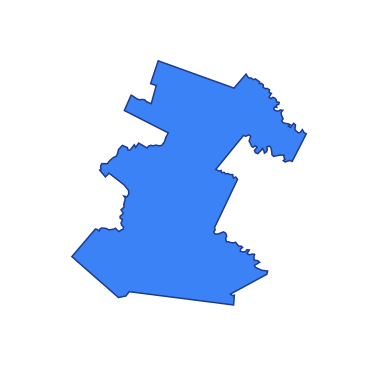 Cainguás, Misiones, Argentina, rotated 310°
{"feature_id": "61730980B26117971223788", "entity_name": "Cainguás", "entity_type": "district", "adm_level": 2, "iso_a3": "ARG", "parent_name": "Argentina", "parent_adm1": "Misiones", "projection": "robinson", "projection_center": [-54.723, -27.156], "detail": "fine", "context": "isolated", "style": "filled", "palette": "blue", "viewbox_px": 384, "rotation_deg": 310, "n_neighbors": 0, "source": "geoboundaries", "source_scale": "gbopen_adm2", "svg_char_len": 4153}
<svg xmlns="http://www.w3.org/2000/svg" viewBox="0 0 384 384"><g transform="rotate(310 192 192)"><path d="M248.4,90.6L249.8,94.2L250.6,96.1L248.1,97.3L233.4,104.0L232.6,101.5L232.0,99.0L232.2,96.4L230.9,94.3L229.0,92.6L228.0,90.3L227.7,87.7L227.5,85.1L227.0,83.1L210.9,87.8L211.6,90.7L222.0,135.7L220.7,136.1L219.6,136.4L217.1,136.8L214.8,137.8L212.5,138.7L208.1,138.8L206.3,137.1L204.5,133.9L202.4,132.6L201.3,130.4L199.3,129.2L197.9,129.3L196.9,129.3L195.6,122.0L195.2,119.7L190.0,120.2L191.1,117.4L184.3,117.6L184.2,117.5L183.0,116.2L184.5,114.0L184.0,112.3L183.0,108.7L177.3,108.4L175.1,109.5L172.8,110.5L170.3,110.9L168.1,109.7L165.7,109.2L163.2,108.8L160.7,108.9L159.9,108.9L159.1,108.8L157.2,106.4L155.8,104.7L153.3,105.2L151.8,106.5L150.9,107.8L149.4,107.2L147.9,116.0L150.4,116.2L151.1,116.2L153.0,116.3L153.1,117.7L153.2,118.3L153.2,119.1L153.8,135.3L152.4,142.4L149.7,144.9L146.8,145.2L146.4,145.2L145.1,142.5L144.5,144.8L142.3,146.1L138.9,147.5L136.7,149.7L132.8,149.0L131.7,152.8L129.6,153.0L127.2,152.5L125.7,153.9L126.2,156.5L124.8,156.9L124.5,157.0L122.5,157.6L121.4,159.4L121.1,162.0L119.1,163.2L117.2,162.0L116.4,161.9L114.9,161.7L114.7,159.1L114.8,158.4L115.0,157.4L115.1,156.7L113.3,155.8L112.8,155.6L111.1,154.0L109.4,152.6L109.3,151.6L109.1,150.0L107.7,147.8L106.2,145.8L104.6,145.3L102.6,146.0L102.4,143.5L101.5,141.8L65.3,141.5L65.1,147.7L64.5,174.7L64.5,174.8L63.9,203.6L64.3,203.8L69.8,208.2L75.3,208.0L92.6,234.9L116.5,272.1L132.2,296.5L138.2,292.2L139.7,291.1L140.2,290.8L138.6,289.5L138.4,287.0L177.1,302.2L179.8,300.9L180.1,300.7L178.7,298.5L178.6,298.3L177.2,296.4L176.0,292.7L175.1,288.9L175.9,287.0L179.3,288.2L181.2,288.8L181.6,289.0L181.7,286.4L181.5,286.2L179.8,283.6L181.4,281.8L182.3,280.9L184.2,280.2L184.5,280.1L184.5,279.8L183.3,278.2L180.7,276.2L180.3,273.7L184.4,273.2L183.2,271.2L182.7,271.2L180.8,271.4L179.2,269.9L179.0,269.7L177.6,267.1L179.5,265.9L180.1,266.0L182.0,266.4L182.1,264.5L182.0,264.4L180.5,262.5L180.8,261.1L181.0,260.1L181.6,257.7L179.6,256.4L178.2,254.2L177.7,253.1L177.3,252.0L176.1,250.3L178.1,247.6L180.4,247.0L181.0,246.1L182.1,244.3L181.7,241.8L178.6,240.1L177.4,239.3L175.9,238.5L174.6,236.2L175.3,234.3L177.9,234.1L179.3,232.1L196.4,227.7L230.0,219.0L231.0,218.8L231.3,217.4L231.6,215.9L230.9,215.5L229.4,214.7L229.7,214.2L231.5,211.9L229.8,210.0L229.3,207.8L227.5,206.0L227.7,204.0L225.9,202.3L227.2,200.4L225.4,199.3L225.4,199.2L225.2,198.3L225.0,197.5L224.6,195.7L258.8,195.2L260.5,195.2L268.4,195.1L269.2,197.4L269.4,197.5L269.6,197.5L272.4,198.8L272.4,201.3L271.8,201.4L270.0,202.1L267.7,203.0L266.9,205.2L265.4,208.1L265.5,210.1L267.1,210.4L267.9,210.6L268.2,213.1L266.2,213.1L265.9,213.1L263.9,213.1L262.9,215.2L263.6,217.7L263.8,217.7L268.2,218.2L270.7,218.0L269.7,220.7L269.2,221.4L268.3,222.5L270.8,223.2L271.9,222.8L273.0,222.4L274.5,220.3L277.1,221.9L276.5,224.0L276.3,224.4L273.9,227.4L272.0,229.2L271.7,231.6L272.6,232.3L274.5,233.8L276.5,235.3L278.0,237.1L279.3,238.8L278.7,239.2L277.7,240.1L276.9,242.1L274.7,241.7L274.9,244.1L277.0,245.4L277.6,245.8L279.0,246.6L279.6,249.0L279.8,249.1L309.4,242.3L310.1,242.1L309.9,241.2L309.5,240.0L309.9,238.8L310.7,236.4L307.2,236.7L305.7,235.2L305.7,233.8L305.7,232.8L305.8,231.7L305.9,230.7L308.0,229.4L310.0,228.1L310.0,227.5L309.9,225.7L307.4,225.9L305.8,225.9L304.9,225.9L304.6,225.0L304.3,223.7L306.2,224.1L306.7,224.2L306.1,221.8L304.6,219.6L304.1,218.3L303.6,217.2L304.3,214.8L306.6,214.8L307.5,212.9L308.5,210.9L310.3,209.1L312.8,209.0L312.7,208.9L311.8,207.0L310.2,206.4L309.5,206.1L308.0,204.0L308.0,201.4L310.1,200.5L311.3,202.6L312.8,200.8L314.9,202.1L316.2,201.5L316.7,201.2L315.8,199.5L315.5,199.0L316.6,197.5L317.1,196.0L317.2,195.4L316.6,193.1L314.9,192.6L314.2,192.3L314.1,190.0L316.6,189.7L318.5,189.5L317.9,187.1L320.1,185.7L319.9,184.8L319.7,183.1L318.2,181.6L318.2,181.3L317.9,179.1L319.9,177.8L319.9,177.3L319.9,175.4L318.3,174.0L319.9,172.9L319.6,170.4L319.5,169.2L319.5,167.9L318.4,167.3L317.4,166.7L317.4,165.0L317.5,164.2L316.6,163.2L315.8,162.2L316.0,161.3L316.3,159.8L317.1,157.6L298.6,157.4L286.6,124.9L271.8,84.7L270.8,81.8L248.4,90.6Z" fill="#3b82f6" stroke="#1e3a8a" stroke-width="1.5"/></g></svg>